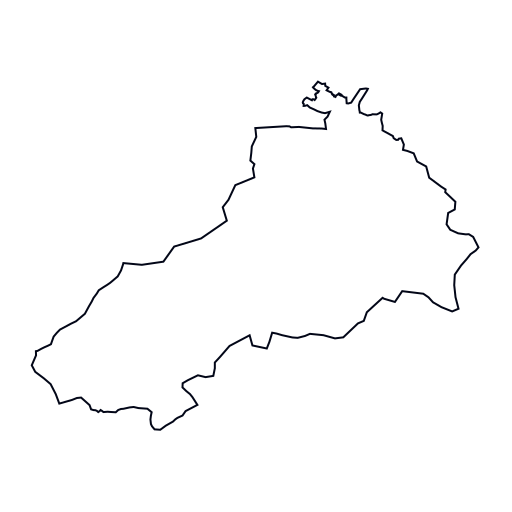 the district of Abeokuta North, Ogun, Nigeria, rotated 271°
{"feature_id": "59680162B29721937623471", "entity_name": "Abeokuta North", "entity_type": "district", "adm_level": 2, "iso_a3": "NGA", "parent_name": "Nigeria", "parent_adm1": "Ogun", "projection": "robinson", "projection_center": [3.217, 7.25], "detail": "fine", "context": "isolated", "style": "outline", "palette": "ink", "viewbox_px": 512, "rotation_deg": 271, "n_neighbors": 0, "source": "geoboundaries", "source_scale": "gbopen_adm2", "svg_char_len": 3630}
<svg xmlns="http://www.w3.org/2000/svg" viewBox="0 0 512 512"><g transform="rotate(271 256 256)"><path d="M80.9,157.6L80.6,163.3L84.8,168.8L89.0,175.9L91.3,178.2L92.8,180.3L95.2,185.3L99.7,188.3L106.1,200.0L113.8,194.9L116.8,192.4L119.6,188.8L123.3,184.8L127.5,184.9L130.6,190.0L135.7,200.0L134.0,207.7L135.4,215.4L143.0,216.8L148.8,216.7L154.5,221.8L165.6,231.1L176.6,251.0L166.5,254.0L163.7,268.4L170.4,270.9L179.6,273.5L178.8,278.0L177.3,283.4L175.2,293.8L174.9,299.1L176.9,306.4L179.1,311.3L178.0,324.8L175.0,336.4L176.2,344.7L190.4,359.1L193.0,364.9L201.7,367.8L216.4,383.3L215.5,384.8L212.5,395.7L223.4,402.8L221.2,423.9L217.7,429.2L212.8,433.8L208.1,442.3L204.0,453.1L206.8,459.4L218.3,456.2L230.3,454.7L240.9,455.1L250.1,461.2L256.6,466.7L261.6,470.5L265.3,475.6L268.5,478.3L278.9,472.8L281.5,468.4L281.3,465.3L282.2,457.7L285.6,449.8L291.0,446.0L302.4,447.4L306.0,453.9L313.7,454.4L323.1,444.1L325.8,444.4L328.6,439.9L337.3,427.8L348.5,424.6L353.3,415.4L361.4,411.9L363.7,405.4L364.5,401.9L364.7,401.1L370.0,401.9L376.2,399.2L375.8,396.8L374.6,396.0L374.5,394.2L376.2,391.6L378.3,390.8L383.8,380.3L388.3,380.4L391.1,379.6L394.4,378.8L400.6,379.7L401.8,377.9L401.0,376.8L399.9,374.8L399.7,374.0L399.7,372.7L399.7,371.5L399.8,370.2L399.4,369.2L399.1,368.5L398.9,367.5L398.8,366.6L398.4,365.4L398.6,364.5L399.3,362.9L399.7,361.5L401.2,358.3L401.2,357.3L401.9,357.2L402.6,357.1L403.6,356.8L408.4,356.2L412.0,357.1L414.8,358.9L423.7,364.3L425.1,364.9L425.4,363.0L425.1,360.7L424.6,357.2L415.5,351.3L413.6,350.1L411.0,348.5L410.1,345.5L410.3,344.0L414.7,343.6L416.0,343.6L416.0,342.1L417.6,339.4L417.8,338.9L417.7,338.5L417.9,337.8L418.3,337.1L419.0,338.1L420.0,336.2L419.6,336.0L419.5,335.5L419.1,335.3L418.7,334.6L417.8,333.3L416.5,332.7L416.8,332.2L416.7,331.8L417.0,331.4L417.0,331.2L417.6,331.1L418.1,330.4L418.4,330.8L418.8,330.1L419.2,329.7L419.0,329.4L419.5,329.0L420.2,328.8L421.0,328.5L421.3,327.8L421.2,327.4L421.9,325.8L422.9,323.7L425.6,325.5L427.3,322.3L429.6,322.1L429.1,319.0L431.4,314.9L426.5,310.9L425.7,310.0L425.3,310.3L424.8,310.8L423.3,312.6L422.9,313.2L422.1,315.0L421.9,316.0L421.0,315.5L420.4,315.0L420.0,314.2L419.5,313.0L419.0,312.7L418.7,312.8L418.5,312.4L416.5,313.1L415.7,313.2L415.3,313.5L414.7,313.1L413.9,312.6L413.0,311.9L413.5,311.2L413.7,310.8L413.7,309.7L412.7,309.2L415.3,304.0L413.6,301.7L412.0,300.7L410.5,300.1L409.6,300.3L409.1,301.0L408.5,301.1L406.9,301.0L407.0,302.3L407.7,304.6L405.4,307.2L403.5,311.7L402.0,314.8L400.6,319.1L400.0,322.5L401.5,327.3L396.6,325.1L393.5,322.1L389.6,323.0L384.2,323.8L384.6,319.5L384.6,316.3L384.6,310.4L385.8,296.7L385.3,288.9L386.2,287.2L386.3,284.0L383.9,253.1L375.1,254.2L365.5,249.9L359.0,249.5L351.3,248.7L347.8,252.8L343.4,251.4L334.6,253.0L326.5,234.1L311.7,227.5L304.2,221.9L290.8,226.2L272.6,200.8L264.0,174.0L248.7,163.5L245.2,142.0L246.6,123.5L245.2,123.2L239.2,121.3L233.2,118.1L229.2,113.6L226.6,110.6L224.4,107.5L222.4,104.4L222.0,103.8L219.0,99.4L215.7,97.5L211.3,94.3L207.5,92.5L203.1,90.0L195.2,85.9L193.3,83.7L187.6,77.2L185.0,72.0L179.0,61.3L175.7,58.2L171.9,55.1L168.1,53.8L164.2,52.5L162.6,49.4L161.1,46.1L159.5,43.0L157.3,39.2L157.0,37.6L152.8,37.8L142.8,33.7L136.3,37.3L130.0,46.0L124.3,52.9L114.4,58.2L105.0,61.9L108.9,74.6L110.9,79.4L111.4,83.6L104.0,92.2L99.8,93.8L99.1,96.2L99.0,98.1L98.4,99.6L97.2,101.0L98.4,102.6L98.8,102.9L99.3,103.3L98.5,104.6L97.9,105.4L97.3,106.2L97.4,107.3L97.7,110.4L97.5,113.6L97.3,118.5L99.6,120.9L100.7,123.7L100.9,126.0L102.4,132.3L102.9,136.3L101.9,141.1L101.4,150.1L98.0,154.4L94.5,153.7L90.7,153.3L86.1,153.9L83.9,155.0L80.9,157.6Z" fill="none" stroke="#020617" stroke-width="2"/></g></svg>